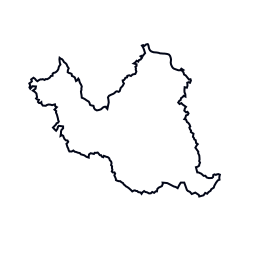 Esmeralda, Rio Grande do Sul, Brazil (Robinson projection), rotated 338°
{"feature_id": "56859067B97850438953486", "entity_name": "Esmeralda", "entity_type": "district", "adm_level": 2, "iso_a3": "BRA", "parent_name": "Brazil", "parent_adm1": "Rio Grande do Sul", "projection": "robinson", "projection_center": [-51.184, -28.039], "detail": "fine", "context": "isolated", "style": "outline", "palette": "ink", "viewbox_px": 256, "rotation_deg": 338, "n_neighbors": 0, "source": "geoboundaries", "source_scale": "gbopen_adm2", "svg_char_len": 4811}
<svg xmlns="http://www.w3.org/2000/svg" viewBox="0 0 256 256"><g transform="rotate(338 128 128)"><path d="M177.7,57.6L176.1,57.3L174.0,58.0L173.1,56.8L171.8,56.8L172.2,59.0L172.2,61.4L172.0,63.3L171.9,65.0L170.1,65.9L168.8,66.7L167.7,66.1L166.5,66.2L167.3,68.1L165.4,69.2L163.5,69.2L162.4,70.3L161.2,68.9L159.3,69.9L157.5,70.3L158.6,71.2L159.8,72.1L159.2,73.6L157.8,74.0L157.7,75.7L157.0,76.8L156.9,78.8L155.0,80.6L152.3,80.1L150.2,80.9L148.9,79.6L146.9,79.4L146.1,80.7L144.3,80.5L143.4,81.4L142.3,82.0L140.9,81.9L140.6,83.4L140.9,85.2L138.9,86.9L137.6,87.5L136.1,88.2L135.2,89.4L134.1,90.7L132.9,91.0L131.5,89.8L130.1,89.8L128.9,90.4L127.3,90.8L124.9,90.8L122.5,91.0L120.9,92.1L120.4,94.7L119.7,97.1L116.0,102.6L115.5,101.4L115.5,100.0L114.0,99.5L112.5,99.6L110.1,100.5L108.6,100.5L107.2,100.3L105.7,100.0L104.4,98.5L104.0,97.0L104.3,94.5L102.6,93.4L101.5,92.4L101.7,90.2L101.5,88.8L100.0,86.9L98.8,85.0L97.5,83.5L96.5,82.6L97.3,79.8L97.6,78.2L98.1,76.4L99.1,75.3L99.6,73.8L100.7,72.2L100.7,70.1L100.4,68.6L100.4,66.6L100.7,65.1L100.4,63.6L98.6,64.8L97.4,65.0L97.5,63.4L97.6,61.2L96.7,59.8L95.5,58.7L96.0,56.9L95.2,55.8L94.0,55.0L93.0,53.7L93.9,51.9L95.4,50.4L94.9,48.2L94.9,46.0L94.4,44.6L93.3,42.8L93.1,40.9L92.6,39.5L91.6,38.5L90.9,37.3L90.2,38.5L89.8,39.8L89.3,41.7L89.1,43.9L87.9,44.5L86.6,45.6L85.5,47.3L83.9,48.5L82.3,49.1L81.0,49.3L79.5,49.0L78.4,49.5L77.6,51.3L76.0,50.9L74.5,51.9L73.4,52.2L71.5,52.5L69.8,51.8L68.7,52.2L67.3,50.8L66.1,50.6L65.0,50.1L63.5,50.2L61.5,50.7L60.6,49.1L60.2,47.5L59.2,46.0L56.4,46.7L56.4,48.7L54.9,49.3L53.2,49.7L53.3,51.9L51.8,53.5L52.1,55.0L55.1,53.5L58.2,55.0L57.0,56.9L53.8,57.7L55.1,59.5L56.0,61.7L55.2,65.4L53.8,66.2L54.4,67.4L55.9,68.5L54.3,70.1L54.8,71.4L55.9,72.0L57.3,71.6L56.9,73.1L57.4,75.3L60.1,76.6L61.2,76.3L63.0,76.4L64.7,77.2L66.2,78.4L69.1,78.7L68.7,80.7L69.8,82.0L66.7,83.4L67.8,85.4L67.0,86.7L67.1,88.9L66.6,92.9L66.2,94.7L66.3,96.0L65.3,96.8L63.5,96.9L62.5,97.8L58.6,99.5L59.4,101.7L60.3,103.6L62.2,102.4L63.5,100.7L64.7,100.1L68.4,102.2L67.7,104.0L65.6,104.9L64.6,106.1L63.9,107.8L62.5,110.1L64.2,109.9L65.0,111.0L64.9,112.6L65.0,114.5L65.9,116.3L67.2,116.9L67.4,118.4L66.3,119.1L65.0,119.6L64.9,121.2L64.7,122.9L64.9,124.5L64.7,126.4L64.9,127.8L67.0,128.7L68.9,128.4L69.7,130.0L70.9,130.8L72.5,132.3L73.9,133.1L74.4,134.7L75.8,135.8L77.3,137.0L78.7,139.2L80.5,140.7L81.0,139.4L82.0,137.9L83.9,137.4L85.4,138.4L86.7,139.3L87.8,138.5L89.1,139.1L90.7,139.4L91.3,141.1L91.7,142.6L92.9,143.2L93.0,144.7L94.1,145.8L95.2,144.8L96.2,145.7L97.1,146.6L98.3,147.4L99.2,149.0L99.1,151.0L99.8,152.8L99.6,154.4L98.4,156.1L98.9,157.5L98.1,159.1L97.9,160.9L96.7,162.2L97.2,163.5L98.8,164.1L99.0,165.5L97.6,166.8L97.7,168.8L97.7,170.5L97.3,171.8L98.2,172.8L99.6,173.9L100.9,174.4L101.6,175.8L102.8,177.3L102.9,178.7L103.7,180.0L104.2,181.3L105.3,182.6L106.3,184.2L107.4,186.4L108.2,188.4L109.8,188.2L111.0,188.4L111.9,189.4L113.0,190.0L113.5,191.3L115.5,192.5L115.9,194.1L117.3,193.1L119.3,192.5L120.1,193.8L121.6,194.8L123.0,196.5L124.6,197.1L126.5,196.4L127.9,197.9L130.0,197.1L131.1,197.6L132.4,195.5L134.1,194.8L137.6,194.6L139.3,192.9L139.6,191.6L142.7,193.2L143.9,193.9L148.6,199.4L150.1,200.5L151.5,202.4L153.9,200.3L156.4,198.4L159.7,199.7L159.4,207.5L160.0,208.9L161.5,210.4L162.4,213.1L166.2,213.1L168.6,216.6L168.4,218.2L172.8,218.7L175.3,217.1L176.8,218.6L178.6,217.6L181.1,217.1L182.2,216.0L185.2,215.4L186.4,213.9L189.0,211.8L191.6,210.2L193.5,210.2L193.9,208.5L194.7,207.1L195.7,205.7L194.5,204.6L193.0,204.3L191.9,204.4L190.8,203.4L189.5,203.5L188.5,205.3L187.1,205.8L184.1,204.7L182.4,203.3L181.9,201.3L180.2,200.7L178.9,197.9L176.7,195.6L175.6,195.1L176.3,189.8L178.0,190.0L179.8,189.6L180.5,188.4L181.8,187.1L181.6,185.3L182.5,184.1L183.2,182.1L183.8,180.1L183.6,177.6L184.3,176.3L183.1,171.5L185.2,169.8L186.6,169.1L185.5,167.3L186.2,164.7L185.2,163.4L185.4,161.9L184.9,160.5L186.6,157.8L184.8,155.3L185.5,154.0L185.0,152.3L185.1,150.5L186.3,149.9L186.3,147.6L185.7,145.6L184.9,144.5L185.0,141.9L183.6,140.9L185.2,139.8L186.5,138.1L188.5,138.1L189.6,137.1L189.2,135.3L187.8,135.3L186.7,133.0L188.1,131.1L189.7,130.1L187.4,126.6L186.8,124.9L184.8,125.1L184.1,123.2L185.8,122.0L187.2,121.8L188.5,120.1L189.9,119.9L191.7,119.0L193.0,120.4L193.8,118.1L193.8,115.9L194.5,114.0L195.8,111.4L197.7,112.7L199.0,111.1L199.9,108.2L201.3,108.2L202.4,109.3L204.1,107.6L204.2,106.2L202.7,105.9L201.2,100.9L200.0,99.4L200.3,97.2L199.5,95.0L201.0,94.9L199.7,93.0L198.0,94.0L196.3,93.3L194.9,92.1L193.9,91.2L192.8,90.2L192.1,89.0L191.8,87.6L191.7,85.3L192.1,83.4L192.9,81.9L193.6,80.5L193.9,78.8L194.0,77.0L193.5,75.3L192.4,74.3L191.3,73.6L189.7,72.7L187.9,71.9L186.8,71.3L185.7,70.8L184.6,69.8L182.8,68.7L181.2,67.9L180.2,67.4L179.1,66.5L178.2,65.6L177.5,64.2L177.3,62.4L177.6,60.6L177.9,58.9L177.7,57.6Z" fill="none" stroke="#020617" stroke-width="2"/></g></svg>